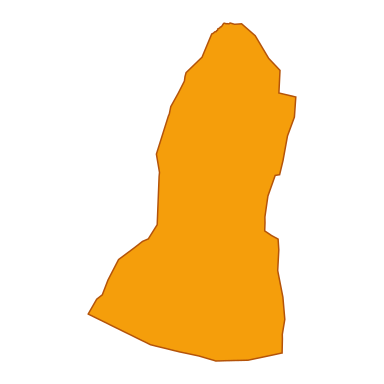 Xu'rmen, Ömnögovi, Mongolia
{"feature_id": "93677404B81423254419052", "entity_name": "Xu'rmen", "entity_type": "district", "adm_level": 2, "iso_a3": "MNG", "parent_name": "Mongolia", "parent_adm1": "Ömnögovi", "projection": "mercator", "projection_center": [103.821, 42.64], "detail": "fine", "context": "isolated", "style": "filled", "palette": "amber", "viewbox_px": 384, "rotation_deg": 0, "n_neighbors": 0, "source": "geoboundaries", "source_scale": "gbopen_adm2", "svg_char_len": 1830}
<svg xmlns="http://www.w3.org/2000/svg" viewBox="0 0 384 384"><path d="M88.2,314.1L96.2,318.0L100.7,320.2L112.4,326.0L116.9,328.2L125.6,332.5L131.2,335.2L136.0,337.6L142.1,340.6L143.6,341.3L150.4,344.7L154.8,345.8L155.4,346.0L155.9,346.1L166.3,348.6L173.8,350.5L177.2,351.3L178.0,351.5L179.9,352.0L180.1,352.0L188.7,353.8L193.8,354.9L199.0,356.0L207.1,358.4L208.8,358.9L214.3,360.5L215.7,361.0L218.9,360.9L219.9,360.9L220.0,360.9L225.4,360.7L230.7,360.6L233.7,360.5L240.1,360.4L248.1,360.2L254.7,358.8L263.8,356.9L271.8,355.2L278.7,353.7L281.9,353.0L282.1,353.0L282.1,352.9L282.4,339.1L282.3,334.4L284.8,319.4L282.9,297.2L277.7,270.6L278.8,249.9L278.1,239.1L271.5,235.5L264.7,230.9L265.0,222.8L264.9,217.0L267.9,196.1L275.2,175.4L279.6,174.7L283.0,160.6L287.5,135.9L294.4,117.1L295.8,97.0L278.9,93.0L280.0,70.4L268.7,58.4L255.2,35.7L241.6,23.8L234.6,24.3L231.2,23.3L230.7,23.2L230.3,23.1L230.1,23.0L229.9,23.2L229.7,23.3L229.4,23.6L229.2,23.7L228.9,23.8L228.6,23.8L228.1,23.8L227.7,23.7L227.4,23.7L227.0,23.7L226.7,23.7L226.3,23.7L225.8,23.7L225.4,23.5L225.1,23.4L224.6,23.3L224.3,23.2L224.1,23.3L223.8,23.4L223.7,23.4L223.5,23.5L223.2,24.2L222.9,24.5L222.7,24.8L222.6,25.0L222.4,25.3L222.1,25.8L221.1,26.9L220.7,26.9L220.4,27.0L220.2,27.2L220.0,27.6L219.2,28.3L218.7,28.5L218.3,28.6L218.0,28.7L217.9,28.9L217.7,29.4L217.6,30.0L217.5,30.3L217.2,30.5L216.7,30.6L216.5,30.8L216.4,31.1L216.3,31.4L216.2,31.6L215.6,31.7L214.9,31.8L214.6,32.0L214.3,32.3L213.9,32.7L213.5,33.0L213.0,33.4L212.5,33.6L212.0,33.8L211.7,34.0L202.0,57.3L201.0,58.2L186.1,72.6L185.0,76.6L184.4,81.1L178.2,93.3L170.8,106.6L169.3,114.0L168.4,116.0L156.4,154.1L159.5,172.4L159.1,176.6L157.2,224.7L148.3,238.9L142.5,241.4L134.7,247.5L118.6,259.5L108.0,280.0L102.3,294.8L96.7,299.2L88.2,314.0L88.2,314.1Z" fill="#f59e0b" stroke="#b45309" stroke-width="1.5"/></svg>